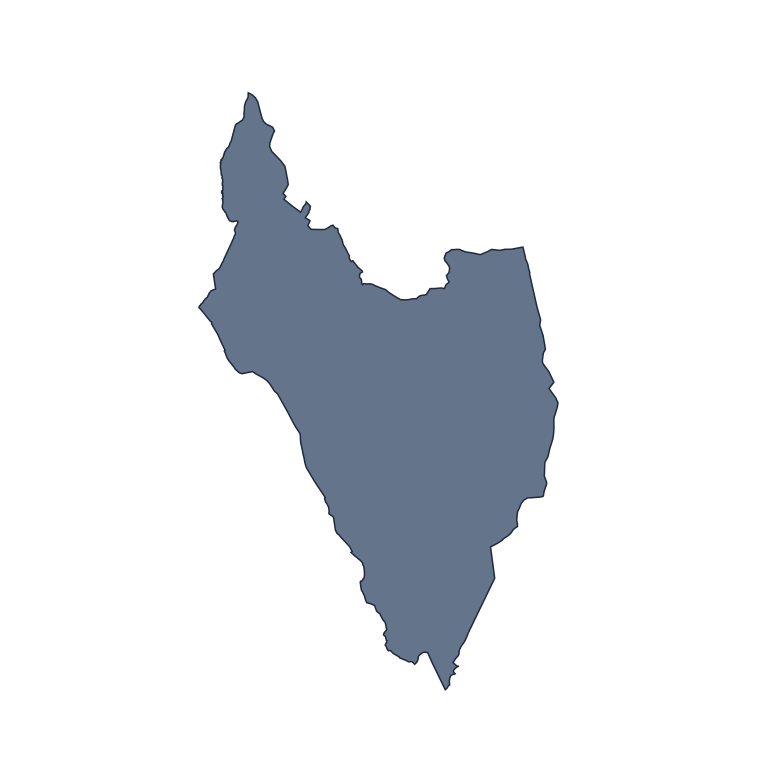 Carpinet, Bihor, Romania (Robinson projection), rotated 259°
{"feature_id": "2599482B57966099194039", "entity_name": "Carpinet", "entity_type": "district", "adm_level": 2, "iso_a3": "ROU", "parent_name": "Romania", "parent_adm1": "Bihor", "projection": "robinson", "projection_center": [22.479, 46.428], "detail": "fine", "context": "isolated", "style": "filled", "palette": "slate", "viewbox_px": 768, "rotation_deg": 259, "n_neighbors": 0, "source": "geoboundaries", "source_scale": "gbopen_adm2", "svg_char_len": 6150}
<svg xmlns="http://www.w3.org/2000/svg" viewBox="0 0 768 768"><g transform="rotate(259 384 384)"><path d="M491.9,546.5L492.0,534.7L493.2,528.2L493.0,523.5L495.6,515.2L494.2,511.0L492.6,503.2L495.5,496.5L498.1,489.3L500.1,486.0L501.7,483.8L502.3,480.9L502.6,477.8L503.0,476.4L502.8,475.4L502.1,474.3L501.3,472.5L501.1,471.2L500.6,469.8L497.7,468.0L495.7,467.1L493.2,467.4L490.5,468.9L487.0,470.4L484.8,470.4L481.1,469.1L478.3,465.9L474.0,466.5L472.2,467.4L471.3,467.0L470.0,464.4L469.2,463.5L466.1,461.5L467.3,458.7L467.9,453.7L467.9,452.5L468.5,449.7L468.8,447.4L464.3,443.1L463.7,442.0L463.5,440.7L463.8,438.6L463.7,436.1L462.8,434.1L461.6,432.4L462.2,427.3L462.1,425.3L462.5,420.9L463.6,416.5L466.5,413.0L471.1,408.2L473.3,405.8L475.8,404.1L476.9,402.7L479.2,398.6L482.1,394.2L484.2,391.4L484.9,389.6L485.7,385.4L486.4,383.4L485.6,381.8L486.4,381.4L491.2,381.7L492.3,380.9L493.4,380.5L494.4,380.5L495.7,380.9L497.3,381.8L498.1,384.3L499.3,384.0L503.9,380.5L511.0,376.9L510.4,375.3L514.0,373.8L516.5,374.4L520.4,373.2L525.1,372.0L528.6,370.5L533.6,370.4L534.4,370.0L537.2,369.5L541.6,368.0L543.9,368.1L545.3,368.3L545.8,367.2L546.4,366.1L547.7,365.2L549.6,364.2L549.5,362.4L549.2,361.4L548.6,360.3L547.8,358.5L547.0,355.5L547.3,353.3L549.6,342.5L550.3,341.6L553.9,339.4L558.2,342.5L559.6,341.6L561.3,339.1L562.4,338.6L566.7,343.0L567.2,342.8L569.6,344.7L571.7,345.3L572.5,345.7L577.6,342.4L576.8,342.1L575.6,341.3L573.6,338.8L570.2,336.4L568.6,334.9L575.7,328.3L584.4,321.0L586.9,323.5L590.3,321.3L595.0,325.7L597.9,328.0L602.1,328.3L616.6,328.3L622.4,325.5L634.0,318.1L639.0,317.1L642.1,317.8L650.7,322.8L653.2,324.8L657.3,323.7L661.8,317.8L664.9,315.8L668.6,314.9L684.9,313.9L689.5,312.4L693.1,309.7L695.8,306.3L691.4,305.3L686.9,301.8L683.5,300.1L679.2,299.1L676.6,298.2L673.2,297.7L671.8,296.8L670.0,295.4L669.2,293.0L668.1,291.0L667.5,288.7L666.6,287.7L663.4,286.0L652.2,280.6L649.4,278.6L647.0,277.2L646.0,276.2L645.2,274.7L643.8,273.2L643.1,272.8L642.2,272.1L642.2,271.8L641.2,271.4L640.8,271.1L640.2,271.1L640.0,270.7L638.7,270.2L638.3,269.8L636.9,269.2L636.6,268.5L636.1,268.3L635.4,267.1L634.9,267.2L635.0,266.7L634.7,266.6L634.2,266.8L632.5,265.5L632.1,265.5L631.5,266.0L631.1,265.5L630.1,265.4L629.5,265.0L628.3,265.0L627.6,264.6L625.8,264.6L625.2,264.8L623.9,264.7L623.5,264.5L622.5,264.5L620.4,264.2L619.7,264.4L619.4,264.6L618.2,264.8L617.9,264.5L616.9,264.2L615.8,264.6L614.7,264.5L613.5,264.1L612.7,264.3L612.1,263.6L610.8,263.3L610.2,263.3L610.1,263.6L608.8,263.7L608.3,263.3L605.3,262.9L604.9,262.7L604.6,262.1L604.3,262.0L604.4,261.6L603.6,261.2L602.7,261.5L602.4,261.1L602.1,261.3L602.2,261.6L601.9,261.4L601.5,261.5L601.3,261.7L601.5,262.0L601.0,262.0L600.9,261.7L600.2,261.8L599.2,261.4L598.9,261.9L597.7,261.5L597.4,261.0L596.8,260.4L595.7,261.0L595.0,260.6L592.9,260.6L589.8,259.3L588.7,259.0L586.4,259.3L583.9,260.5L583.0,260.7L582.4,261.4L578.0,262.1L574.4,263.3L573.6,263.9L572.7,265.1L572.1,267.1L572.2,267.8L572.2,270.8L571.2,271.4L570.6,271.4L568.9,270.5L566.2,268.0L563.9,266.7L563.2,266.5L562.0,267.0L559.7,266.8L558.6,266.0L557.9,265.3L555.9,264.2L552.3,261.7L536.9,250.5L535.8,250.1L534.0,248.4L529.4,245.0L528.3,243.6L527.8,242.6L527.4,241.4L524.6,237.5L509.4,236.8L508.5,232.1L506.1,229.3L505.1,229.0L504.6,228.3L503.1,227.3L501.5,224.7L499.7,222.6L498.8,221.9L498.6,221.6L498.1,221.1L497.1,219.3L496.6,219.0L496.0,218.0L494.5,216.9L488.9,220.2L482.1,223.7L480.4,224.8L479.7,224.9L478.4,225.9L477.0,226.6L475.8,226.2L474.9,226.7L473.6,227.0L464.4,230.3L457.0,231.9L447.4,234.4L446.9,233.5L444.6,234.1L439.8,234.9L436.7,236.0L429.0,240.1L427.3,240.6L422.8,243.9L421.5,245.8L421.2,247.1L421.3,254.9L421.2,257.4L418.5,260.0L413.5,266.1L409.9,269.5L406.5,271.7L397.9,275.1L394.7,277.6L373.9,284.4L362.7,287.7L357.6,289.5L351.2,292.2L342.3,291.0L337.6,291.2L330.3,291.2L326.2,291.4L322.1,291.3L317.2,291.7L301.4,297.3L283.9,304.6L283.5,304.1L282.9,303.8L279.2,304.2L276.6,305.4L274.6,305.8L273.9,306.1L269.5,305.9L267.8,305.2L267.1,305.3L266.8,305.4L264.2,308.1L263.2,308.7L262.2,309.0L249.8,308.4L246.1,309.5L244.5,311.0L241.7,312.5L231.0,319.2L225.6,320.8L225.0,319.4L220.9,322.5L218.7,324.4L217.8,325.0L215.4,327.0L213.0,328.6L212.3,328.8L211.6,328.7L210.3,328.8L209.4,329.2L208.5,329.3L205.4,329.2L200.3,328.4L198.3,327.8L196.8,326.9L196.7,326.4L194.5,324.2L194.9,323.7L194.5,323.1L193.8,322.8L188.0,322.5L185.3,322.6L184.3,323.2L179.4,324.4L175.8,324.6L172.6,325.3L171.1,328.5L168.4,332.5L162.8,333.3L161.5,334.0L159.0,336.3L158.1,336.3L152.5,338.0L150.1,339.5L147.7,339.8L142.3,339.7L141.3,338.7L140.7,337.8L139.5,336.5L138.4,335.8L137.8,335.7L135.7,337.2L134.7,337.4L133.6,337.3L131.7,337.5L131.5,338.0L130.0,337.2L127.9,335.5L127.4,335.4L125.9,336.1L123.2,336.5L121.4,337.3L121.2,339.3L117.6,341.8L113.3,346.7L112.3,347.0L112.1,347.2L110.8,349.3L109.3,351.3L108.9,352.5L107.2,354.3L106.4,355.6L106.3,358.1L104.9,359.4L103.0,360.7L104.6,363.1L106.8,364.7L110.1,365.9L111.2,367.2L112.9,370.6L113.0,372.5L112.1,375.6L101.2,378.1L72.2,385.8L73.3,387.7L75.3,389.6L76.1,391.0L78.0,391.3L79.5,391.3L82.6,392.4L84.6,393.6L85.4,394.6L85.8,396.4L85.8,398.1L86.0,398.6L87.1,397.8L88.2,397.4L88.9,397.4L89.9,397.8L91.7,400.4L92.6,402.6L92.8,403.7L93.2,401.8L97.4,398.6L101.0,402.2L103.3,405.2L104.6,406.0L108.3,407.1L111.5,409.4L116.0,414.1L120.1,417.1L123.7,419.3L172.2,455.6L203.8,457.5L206.0,465.1L207.9,469.8L209.7,472.6L211.3,476.7L213.2,479.8L216.7,483.6L217.7,485.5L218.6,487.8L221.3,488.3L224.9,488.3L229.0,489.4L233.0,490.7L237.1,493.7L239.1,494.8L240.7,496.1L242.3,497.8L243.5,499.5L244.2,501.6L244.8,502.9L244.8,503.9L244.3,506.2L243.2,515.8L243.2,517.9L243.6,519.0L247.3,520.4L249.1,521.3L254.4,524.4L256.5,524.9L262.9,523.8L276.3,526.9L281.4,531.1L288.9,534.4L297.4,539.0L302.5,540.9L307.8,542.3L316.6,543.9L319.2,544.8L321.5,546.2L328.2,549.7L331.9,551.1L334.1,550.8L337.8,549.9L348.0,545.1L353.4,551.1L364.6,548.2L373.7,543.9L375.7,543.8L377.1,544.0L383.9,546.3L387.3,549.1L401.5,549.4L412.2,548.0L413.1,548.6L414.9,549.0L416.1,549.7L417.4,550.0L430.2,548.9L464.1,547.9L465.7,548.4L469.4,548.0L474.1,548.0L479.5,546.9L483.4,546.9L491.9,546.5Z" fill="#64748b" stroke="#1e293b" stroke-width="1.5"/></g></svg>